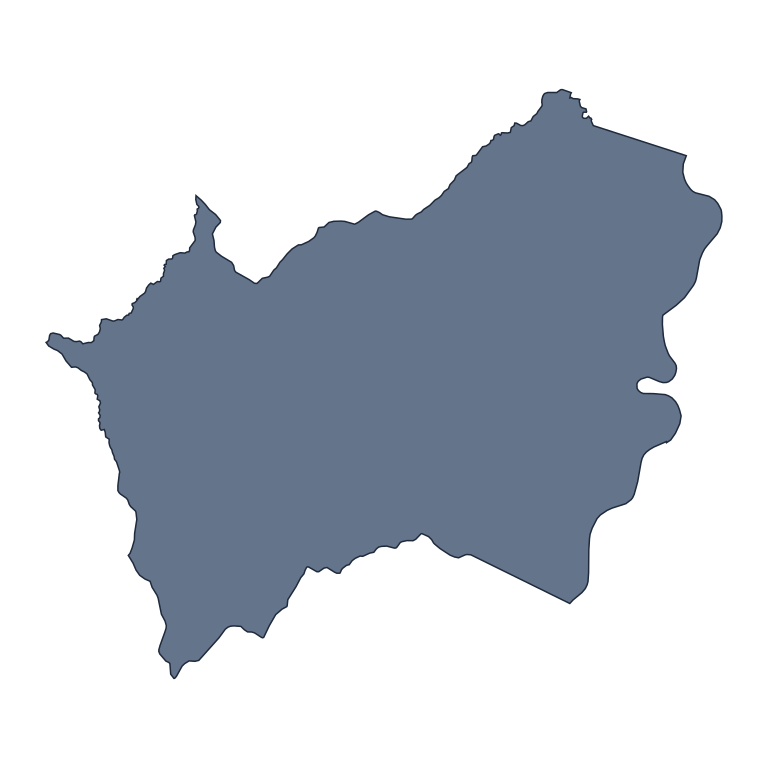 La Unión, Valle del Cauca, Colombia
{"feature_id": "7082276B77686816472796", "entity_name": "La Unión", "entity_type": "district", "adm_level": 2, "iso_a3": "COL", "parent_name": "Colombia", "parent_adm1": "Valle del Cauca", "projection": "robinson", "projection_center": [-76.127, 4.537], "detail": "fine", "context": "isolated", "style": "filled", "palette": "slate", "viewbox_px": 768, "rotation_deg": 0, "n_neighbors": 0, "source": "geoboundaries", "source_scale": "gbopen_adm2", "svg_char_len": 6062}
<svg xmlns="http://www.w3.org/2000/svg" viewBox="0 0 768 768"><path d="M129.3,504.5L130.7,506.6L135.4,510.9L136.0,512.4L136.8,519.5L134.6,533.5L134.4,539.9L132.1,548.0L130.0,553.4L128.3,555.4L133.1,563.2L136.0,570.0L139.7,575.3L144.9,579.0L150.1,581.3L152.1,587.3L157.0,595.2L158.1,598.0L161.4,614.2L165.1,621.2L166.3,625.6L166.1,628.2L164.9,632.0L160.0,645.6L158.9,649.6L158.8,651.4L159.8,654.0L165.9,661.1L168.9,662.5L169.9,663.7L170.7,674.2L173.9,678.4L174.7,678.3L176.4,676.4L182.1,666.1L184.7,663.6L189.1,660.9L195.0,661.3L198.8,660.4L218.9,637.9L225.3,629.2L227.9,627.2L230.5,626.2L233.9,625.9L240.9,626.4L244.4,629.8L247.6,631.9L251.6,632.0L254.4,632.8L261.5,637.4L262.7,637.8L263.7,637.4L269.3,625.7L275.7,614.6L282.1,609.1L286.8,606.6L287.2,605.6L287.8,599.7L296.0,586.7L300.8,577.6L303.9,573.9L305.1,570.3L306.5,567.5L307.3,566.9L308.4,566.9L316.8,571.7L318.8,571.7L324.0,568.1L327.0,567.5L334.6,572.2L336.7,573.2L339.6,573.2L340.1,573.0L341.5,569.7L342.9,568.1L346.6,565.3L349.2,564.7L352.2,560.6L355.3,558.3L360.0,556.1L362.8,556.3L369.8,553.1L373.8,552.3L376.4,548.9L378.6,547.1L381.4,546.4L386.7,546.1L394.4,548.1L395.9,548.0L396.9,547.2L400.2,542.6L401.8,541.7L406.9,540.6L413.0,540.7L415.7,539.3L421.0,533.8L421.8,533.6L428.6,536.6L431.7,539.7L433.6,543.0L434.9,544.3L440.1,548.6L450.0,555.1L454.6,557.0L458.6,557.8L465.1,554.9L466.9,554.5L470.8,554.8L569.8,603.5L573.0,600.0L581.9,592.6L585.3,588.6L587.1,584.9L588.0,581.6L588.6,572.7L588.8,550.0L589.5,538.6L590.1,534.2L592.2,528.1L597.1,518.5L600.4,514.9L607.1,510.4L612.1,508.1L625.8,503.7L631.2,499.6L632.7,497.6L634.2,494.3L635.9,488.2L637.7,481.6L641.0,462.7L642.1,458.4L643.9,454.8L646.4,452.0L649.8,449.4L653.9,447.0L666.3,441.6L666.5,442.7L670.7,440.0L675.4,433.3L679.8,423.7L681.1,415.9L679.5,409.8L677.8,405.4L675.5,401.6L671.9,397.8L668.6,395.9L665.3,394.6L653.4,393.6L643.2,393.5L640.6,392.4L638.4,390.5L637.1,388.4L636.9,383.8L638.1,381.4L640.9,379.1L647.2,377.1L649.4,377.4L659.1,381.5L663.0,382.6L666.3,382.5L668.7,381.7L672.3,379.0L674.8,375.3L675.9,372.1L676.5,368.5L676.2,365.7L675.0,363.2L669.6,356.1L668.1,353.2L665.2,345.5L664.3,341.5L663.4,336.5L662.4,324.6L662.5,317.1L662.9,315.2L676.2,305.3L684.5,297.7L693.5,285.3L695.4,281.6L696.3,278.5L699.7,259.9L702.4,253.0L704.6,248.9L707.0,245.8L717.2,233.8L720.2,227.9L721.8,221.6L721.9,216.2L721.5,211.7L721.0,209.5L717.8,203.5L714.6,199.7L709.1,196.3L695.4,192.8L692.7,191.3L690.5,189.2L688.1,186.0L686.1,182.8L684.5,179.0L682.8,172.3L683.3,164.0L686.3,155.7L593.3,125.6L591.5,121.6L591.2,120.1L591.7,119.4L590.8,118.0L589.8,117.9L588.6,116.2L586.4,118.3L583.7,118.3L582.5,117.3L582.3,116.0L583.0,112.8L583.6,112.2L586.4,112.2L586.6,111.6L586.0,108.9L581.7,107.6L580.4,106.2L579.2,101.0L579.9,99.5L577.8,98.9L573.0,98.6L571.3,97.5L569.8,97.9L570.6,94.1L571.3,92.7L562.5,89.6L561.0,89.6L559.9,90.2L556.8,92.5L547.7,92.5L544.7,93.5L543.9,94.3L542.8,96.2L541.9,99.6L541.8,102.5L542.2,104.2L541.9,106.1L538.0,111.3L536.8,113.7L533.2,116.5L530.9,120.9L528.2,121.7L524.8,124.8L523.0,125.6L520.8,125.5L516.6,123.2L514.8,123.0L514.1,125.7L511.3,127.6L510.3,132.4L507.5,133.0L502.0,132.7L501.4,133.0L501.1,134.5L500.4,135.3L498.9,133.9L498.3,133.8L494.7,135.3L494.1,136.3L493.5,139.4L492.4,140.3L490.9,140.5L490.4,142.4L489.3,143.9L486.1,146.0L482.6,146.7L476.5,154.9L475.9,155.4L472.8,155.7L472.2,157.0L471.8,161.1L471.2,162.4L469.1,163.6L467.0,167.4L456.2,175.7L454.4,180.0L450.0,184.6L448.4,188.6L444.2,191.4L441.5,195.4L439.2,197.6L434.9,200.2L429.9,205.3L423.7,209.4L421.2,212.0L417.3,213.9L415.5,215.2L412.5,218.6L411.6,219.1L406.0,219.2L389.3,216.8L382.5,214.7L379.4,212.5L376.5,211.2L375.2,211.1L368.5,214.8L358.5,222.2L354.7,224.2L344.8,221.4L341.0,221.1L333.7,221.3L328.9,222.5L324.1,227.0L319.1,227.5L318.4,228.1L317.1,232.3L315.2,236.2L313.8,237.8L308.6,241.5L301.3,244.8L298.4,244.9L292.0,249.0L287.2,253.8L282.5,259.7L280.0,262.2L276.4,267.9L273.9,270.0L269.6,276.3L267.5,277.2L262.3,278.3L257.1,283.4L254.5,283.3L249.3,279.7L235.9,272.2L234.6,270.5L233.6,265.5L231.6,262.3L221.6,256.3L216.2,252.1L215.3,250.5L214.5,247.3L214.0,240.6L212.4,233.9L215.9,227.1L220.3,222.5L220.5,220.5L215.6,214.5L209.4,209.7L205.2,204.3L201.1,200.0L196.0,195.6L195.8,199.6L196.7,203.7L196.9,204.5L198.6,206.2L198.9,207.5L198.2,208.6L197.3,208.9L197.1,209.9L197.4,210.8L196.5,214.0L195.9,214.6L194.8,214.8L194.4,215.6L195.9,221.9L195.4,224.9L193.4,229.9L193.2,231.9L195.1,237.5L195.2,240.4L189.7,247.8L189.6,250.1L189.0,251.7L186.8,252.0L184.9,253.1L180.2,252.7L174.7,254.6L172.9,255.7L172.6,258.1L171.8,259.0L168.6,259.1L166.4,260.5L166.2,264.2L164.6,264.5L164.1,265.2L165.3,266.6L163.8,268.3L164.4,269.4L164.5,270.8L163.5,273.3L163.4,276.3L161.0,278.1L160.5,281.3L159.8,281.8L157.4,281.5L153.4,284.4L150.8,283.1L148.7,285.0L146.5,288.1L145.6,291.4L144.6,293.1L139.9,296.5L137.4,299.7L137.4,298.0L136.7,299.4L137.0,300.3L136.2,301.3L134.8,302.6L132.2,303.6L132.0,305.0L133.2,306.8L133.3,308.3L131.2,313.0L129.2,313.4L128.5,315.1L126.8,315.2L124.2,317.3L122.7,319.6L121.8,320.0L117.9,319.5L114.6,320.9L113.0,321.1L106.3,318.8L101.5,319.6L101.3,322.0L99.6,325.5L100.3,328.6L99.5,331.9L98.0,334.3L94.5,336.2L94.1,337.3L93.8,340.7L91.3,342.6L88.3,342.5L82.8,343.8L80.9,341.7L79.6,341.1L76.5,341.6L74.0,341.4L68.5,338.1L63.6,338.2L60.8,335.2L59.6,334.5L53.1,333.0L50.6,333.7L49.6,335.4L48.9,340.0L47.5,341.7L46.1,342.4L48.7,346.0L53.9,349.1L57.4,350.5L62.0,354.0L66.0,360.9L71.5,367.3L75.4,366.9L78.0,367.8L81.2,370.4L84.3,371.9L87.1,374.0L89.8,379.6L92.4,382.7L92.5,385.0L95.2,389.7L94.9,393.1L95.7,393.9L97.1,394.3L97.8,395.7L97.2,399.2L99.8,400.7L100.5,403.0L98.8,406.8L99.7,409.7L99.4,411.7L98.6,412.8L100.2,415.5L99.8,417.7L98.5,418.9L98.5,420.7L99.8,422.3L100.0,423.5L99.5,425.4L99.7,428.0L100.7,429.9L101.4,430.2L104.3,429.5L105.2,432.2L105.7,436.9L109.2,439.2L109.0,442.5L109.5,445.0L110.3,447.3L111.8,449.7L112.5,452.7L114.1,456.4L114.5,459.2L116.5,461.8L119.5,470.9L119.7,472.5L119.4,473.1L117.9,485.6L117.9,490.6L119.1,492.7L120.5,494.1L126.4,498.2L127.8,500.1L129.3,504.5Z" fill="#64748b" stroke="#1e293b" stroke-width="1.5"/></svg>